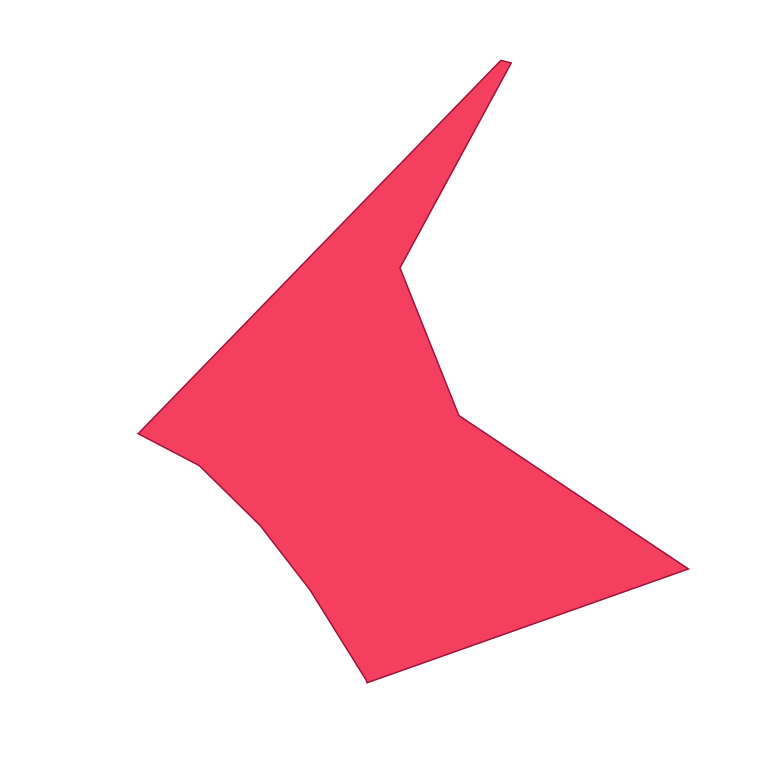 the district of 39, Ar Rayyān, Qatar, rotated 166°
{"feature_id": "91078587B48537873933910", "entity_name": "39", "entity_type": "district", "adm_level": 2, "iso_a3": "QAT", "parent_name": "Qatar", "parent_adm1": "Ar Rayyān", "projection": "albers", "projection_center": [51.5, 25.27], "detail": "fine", "context": "isolated", "style": "filled", "palette": "rose", "viewbox_px": 768, "rotation_deg": 166, "n_neighbors": 0, "source": "geoboundaries", "source_scale": "gbopen_adm2", "svg_char_len": 398}
<svg xmlns="http://www.w3.org/2000/svg" viewBox="0 0 768 768"><g transform="rotate(166 384 384)"><path d="M177.4,179.3L319.0,335.3L340.4,492.8L182.9,664.7L186.3,666.5L192.2,669.8L345.7,574.6L633.5,395.9L634.3,395.4L634.6,395.3L583.0,349.5L551.7,298.4L538.4,276.6L505.7,202.3L473.0,101.2L472.8,98.2L133.4,130.9L160.6,160.8L177.4,179.3Z" fill="#f43f5e" stroke="#9f1239" stroke-width="1.5"/></g></svg>